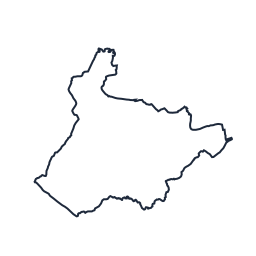 Bungo, Jambi, Indonesia, rotated 351°
{"feature_id": "22746128B28569646979400", "entity_name": "Bungo", "entity_type": "district", "adm_level": 2, "iso_a3": "IDN", "parent_name": "Indonesia", "parent_adm1": "Jambi", "projection": "robinson", "projection_center": [101.875, -1.516], "detail": "fine", "context": "isolated", "style": "outline", "palette": "slate", "viewbox_px": 256, "rotation_deg": 351, "n_neighbors": 0, "source": "geoboundaries", "source_scale": "gbopen_adm2", "svg_char_len": 5886}
<svg xmlns="http://www.w3.org/2000/svg" viewBox="0 0 256 256"><g transform="rotate(351 128 128)"><path d="M227.4,155.9L228.8,155.4L228.9,154.7L228.6,153.9L224.2,154.6L223.1,155.5L222.8,154.5L222.8,153.6L222.9,152.0L223.2,150.8L222.9,149.7L223.1,144.8L221.6,144.8L221.4,139.4L220.8,139.1L219.2,138.5L217.6,138.1L216.1,138.1L214.2,138.2L213.0,138.5L211.1,138.5L210.1,138.3L208.1,138.8L206.6,138.5L205.1,138.7L202.2,139.3L198.9,140.2L194.9,140.4L192.3,140.0L191.5,139.8L190.4,139.1L189.9,138.2L189.6,137.1L189.7,135.2L190.1,133.4L191.0,131.1L191.3,130.1L191.5,128.5L192.2,125.8L192.2,125.2L191.9,124.3L191.3,124.2L190.9,124.3L190.8,123.8L190.4,123.8L190.6,122.9L189.3,121.1L189.5,120.8L189.5,120.5L188.9,120.4L189.0,120.0L188.7,119.0L188.9,118.6L189.0,118.1L189.5,118.0L189.3,117.6L188.8,117.3L188.8,116.8L188.3,116.7L187.9,116.8L187.2,115.8L185.6,116.9L184.6,117.4L183.8,117.5L183.5,118.0L182.3,118.6L180.2,119.1L179.6,120.1L177.3,120.1L174.5,119.9L171.5,119.3L170.0,118.6L168.5,116.2L168.1,115.8L167.5,114.7L166.9,114.2L166.4,114.5L165.8,114.5L165.2,114.7L163.4,114.9L161.8,115.8L160.5,116.2L159.9,115.1L158.6,113.8L155.1,108.3L154.6,108.0L153.4,108.5L153.0,108.3L152.4,108.3L151.0,107.6L150.3,107.5L149.6,107.0L149.0,105.8L147.4,104.9L147.4,104.5L146.5,103.1L146.4,102.5L143.4,102.2L141.7,102.6L139.3,102.6L138.6,101.9L139.6,101.2L138.2,101.1L137.4,101.3L134.5,100.7L133.7,100.3L131.1,99.7L126.0,98.1L122.4,97.2L120.3,96.4L116.6,94.5L115.4,94.2L114.4,93.5L113.7,93.8L113.5,93.7L112.9,92.4L111.4,91.2L110.9,90.6L108.8,87.1L108.2,85.8L108.1,84.2L108.3,83.7L108.6,83.1L109.7,82.5L109.6,82.4L109.8,82.5L110.9,81.3L111.3,79.8L111.4,78.6L111.8,78.1L112.5,77.9L114.1,76.4L114.1,74.6L114.4,73.9L115.8,73.5L117.5,73.2L123.7,73.3L124.3,73.0L125.0,72.4L125.1,72.0L125.1,71.2L125.2,70.4L125.2,69.4L125.0,68.8L125.8,68.2L126.3,66.6L126.4,65.5L126.8,64.5L125.1,64.4L123.2,64.5L123.1,64.1L122.2,63.2L121.9,60.8L123.0,59.3L124.1,56.3L124.3,54.3L125.6,54.6L126.0,54.4L126.4,53.7L126.7,53.1L126.8,51.9L126.4,50.9L126.0,51.0L125.4,51.7L125.1,51.5L125.1,51.3L126.0,49.0L125.9,48.5L124.4,48.3L123.9,48.3L122.7,49.7L122.1,50.1L120.9,50.0L120.7,49.8L120.7,49.4L121.2,48.9L122.2,48.4L122.5,48.0L122.5,47.6L122.2,47.1L121.8,46.8L120.2,46.6L119.9,46.3L117.8,46.5L117.4,46.8L116.9,48.6L116.1,48.8L115.5,48.6L114.7,47.0L114.3,46.3L111.7,44.9L111.3,45.2L111.1,45.8L111.3,46.4L112.1,47.2L111.9,48.2L111.4,48.4L110.9,48.3L110.6,47.7L110.5,47.9L110.1,48.3L108.9,48.8L108.6,49.2L108.1,50.6L107.1,51.2L106.7,52.7L106.3,53.0L105.7,53.8L105.3,54.7L103.9,56.3L97.4,65.9L93.7,65.7L93.2,66.2L92.1,66.6L91.2,68.6L90.7,69.1L90.1,69.4L89.5,69.5L86.2,69.0L83.8,69.1L82.4,68.9L81.9,69.1L81.1,69.9L80.2,70.1L80.1,71.1L80.2,72.0L79.2,72.9L79.0,74.8L75.7,79.7L75.3,80.7L75.6,82.4L76.4,84.4L77.8,86.9L78.8,90.2L80.2,92.7L80.6,94.0L80.8,95.5L80.4,96.6L79.3,98.0L76.3,101.2L75.6,102.4L76.4,105.0L77.1,106.5L77.4,106.7L78.5,106.9L79.2,107.2L79.5,107.5L80.6,111.0L80.6,111.7L77.2,114.8L75.3,117.1L74.0,119.9L70.9,124.9L70.8,126.4L69.6,127.1L69.1,128.0L67.4,128.5L66.9,129.5L64.4,131.7L64.1,132.4L63.7,132.7L63.3,133.7L62.7,134.2L61.8,134.6L60.7,135.4L59.8,135.9L58.4,137.9L54.2,141.0L53.1,140.8L52.1,141.0L50.4,143.9L48.6,144.5L48.1,145.0L47.4,146.0L46.9,146.9L46.1,147.9L45.0,149.7L44.6,151.1L44.1,152.1L43.0,153.6L42.5,155.0L40.8,157.6L40.4,159.4L40.1,161.1L39.3,162.5L38.9,162.5L38.4,162.4L36.0,161.1L35.4,161.3L34.5,162.1L33.7,162.2L32.3,163.1L31.3,163.3L30.6,163.2L30.0,163.6L29.1,163.9L28.9,164.1L27.8,165.8L27.3,166.0L27.1,165.8L27.6,167.1L28.7,167.4L29.8,168.8L32.9,173.4L34.1,175.9L35.3,177.4L39.0,180.2L39.5,180.7L40.0,182.0L40.5,182.9L43.5,186.0L46.8,189.7L51.0,194.0L53.4,195.9L55.6,198.1L60.6,204.6L63.4,207.2L64.0,207.2L64.7,207.0L65.3,205.6L65.2,205.2L65.7,204.7L66.0,204.5L67.0,204.5L67.3,204.6L68.9,203.6L70.0,203.7L70.8,203.5L71.9,203.9L72.2,204.8L72.6,205.1L73.5,204.6L75.1,204.1L79.3,204.7L80.7,204.2L82.0,204.0L82.9,202.3L87.0,200.8L89.6,198.3L91.3,195.5L93.0,194.6L95.2,195.0L96.8,194.9L98.8,193.0L99.9,192.5L101.5,193.6L102.0,194.2L102.6,194.4L103.4,194.1L104.0,194.1L104.6,195.0L105.1,195.2L106.0,196.1L106.3,196.1L106.6,195.8L107.1,196.0L107.7,195.8L108.3,196.4L108.9,196.2L110.7,198.1L111.0,198.1L111.5,196.9L111.7,196.6L112.2,196.3L113.6,196.0L114.0,196.4L114.3,197.1L114.8,197.2L115.2,196.9L115.6,197.2L115.9,196.4L116.0,195.7L116.9,195.6L117.5,196.2L117.6,197.5L118.1,198.0L118.5,197.7L118.9,197.7L119.4,198.3L120.1,198.3L120.8,199.0L121.7,200.8L122.2,201.2L122.8,200.8L123.2,201.0L123.4,200.9L123.9,200.2L124.4,200.1L125.0,200.9L125.5,202.2L125.9,203.1L126.4,203.2L127.0,203.0L127.6,203.2L128.0,203.7L128.3,204.2L128.1,205.2L128.6,206.4L129.3,209.2L131.1,211.1L131.8,211.0L132.4,210.6L132.7,209.9L133.3,209.1L133.9,209.2L134.6,209.5L135.2,210.6L135.7,210.1L136.3,210.6L138.4,210.4L139.3,209.5L139.9,209.3L140.0,207.9L140.2,207.4L140.6,206.8L141.3,206.7L141.9,206.8L142.2,206.7L142.8,204.6L143.5,204.0L145.3,203.1L145.6,203.3L146.5,203.4L147.3,203.0L148.2,203.2L150.3,205.2L150.9,205.6L151.4,205.7L152.0,205.6L152.3,205.1L153.3,204.3L153.5,202.5L154.5,202.1L154.6,199.9L155.9,197.4L157.3,197.4L158.7,195.3L158.8,193.2L158.6,192.4L158.1,191.6L158.2,191.2L157.8,190.7L157.7,189.6L157.8,189.2L157.5,188.8L157.0,186.4L157.2,186.2L158.9,185.9L159.5,185.5L160.4,185.6L160.7,185.4L161.2,185.6L161.7,185.2L162.9,185.2L164.2,185.7L165.1,185.3L165.4,185.3L165.8,186.0L166.6,185.8L168.6,185.8L170.7,185.3L172.3,184.5L173.0,183.8L173.8,182.2L173.9,179.9L175.2,179.2L175.9,178.6L177.3,176.6L178.3,175.9L179.9,175.2L181.3,174.8L184.3,173.3L188.6,168.9L188.7,169.1L189.5,168.2L191.1,167.7L192.4,167.7L194.0,166.3L193.8,164.4L194.2,163.9L196.3,162.4L197.5,162.6L198.2,163.1L199.5,161.9L201.3,163.4L203.0,165.3L204.7,166.6L205.5,168.1L206.4,169.9L207.9,170.0L213.5,166.9L214.7,166.5L216.9,164.5L219.0,162.9L221.0,160.3L222.7,157.9L224.5,156.9L224.7,156.6L227.4,155.9Z" fill="none" stroke="#1e293b" stroke-width="2"/></g></svg>